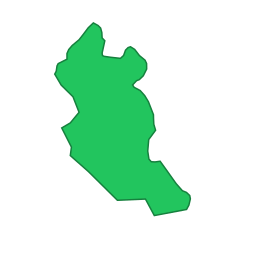 Nairi, Kotayk, Armenia, rotated 135°
{"feature_id": "60910142B16910002404560", "entity_name": "Nairi", "entity_type": "district", "adm_level": 2, "iso_a3": "ARM", "parent_name": "Armenia", "parent_adm1": "Kotayk", "projection": "robinson", "projection_center": [44.476, 40.372], "detail": "fine", "context": "isolated", "style": "filled", "palette": "green", "viewbox_px": 256, "rotation_deg": 135, "n_neighbors": 0, "source": "geoboundaries", "source_scale": "gbopen_adm2", "svg_char_len": 952}
<svg xmlns="http://www.w3.org/2000/svg" viewBox="0 0 256 256"><g transform="rotate(135 128 128)"><path d="M144.2,29.0L139.5,30.4L134.0,33.8L132.1,36.6L132.2,41.1L133.9,45.2L133.3,54.7L130.4,71.9L128.8,81.8L132.9,84.9L135.4,87.7L135.2,91.2L130.4,97.7L121.5,105.2L110.1,106.9L107.1,112.4L103.2,116.7L100.6,119.4L95.0,132.1L93.3,139.0L92.9,145.9L94.9,152.4L94.3,155.2L88.5,155.4L85.8,154.2L80.3,154.1L73.1,156.5L69.3,160.4L68.0,163.9L68.7,171.2L67.7,178.9L68.8,183.7L71.1,184.8L74.7,184.8L79.8,182.4L84.1,182.6L90.5,190.6L94.3,195.7L94.8,197.3L93.3,199.3L82.7,206.1L82.6,210.0L79.0,214.0L76.7,218.0L76.7,221.7L78.2,226.8L85.2,227.0L92.8,225.9L100.2,225.0L109.1,225.8L114.4,225.4L118.5,223.8L122.5,219.8L131.8,222.9L134.3,222.1L138.6,218.9L141.7,217.9L144.9,205.6L144.8,189.0L151.5,173.7L165.2,172.4L174.8,174.9L181.5,154.5L188.3,149.3L186.8,125.2L186.6,84.4L165.9,65.4L171.3,47.5L144.2,29.0Z" fill="#22c55e" stroke="#15803d" stroke-width="1.5"/></g></svg>